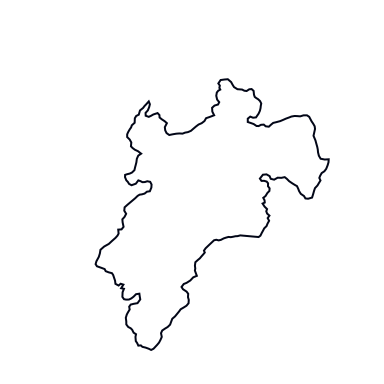 Camacan, Bahia, Brazil, rotated 231°
{"feature_id": "56859067B31300760989852", "entity_name": "Camacan", "entity_type": "district", "adm_level": 2, "iso_a3": "BRA", "parent_name": "Brazil", "parent_adm1": "Bahia", "projection": "robinson", "projection_center": [-39.517, -15.442], "detail": "fine", "context": "isolated", "style": "outline", "palette": "ink", "viewbox_px": 384, "rotation_deg": 231, "n_neighbors": 0, "source": "geoboundaries", "source_scale": "gbopen_adm2", "svg_char_len": 4358}
<svg xmlns="http://www.w3.org/2000/svg" viewBox="0 0 384 384"><g transform="rotate(231 192 192)"><path d="M139.9,69.6L138.7,66.3L137.8,64.2L135.9,61.4L132.8,59.5L130.4,57.6L127.2,57.5L124.7,58.6L122.6,58.8L119.4,58.1L116.7,59.0L115.0,56.9L111.5,54.5L109.0,54.3L106.4,53.6L105.0,55.7L102.9,56.0L100.3,58.0L97.3,59.8L95.0,60.8L94.4,63.4L94.8,66.3L95.1,68.5L95.7,71.6L96.9,74.4L98.4,77.3L101.8,79.1L103.1,81.7L102.8,85.2L102.4,88.1L102.7,91.5L104.2,94.0L105.9,96.9L106.0,100.5L106.8,104.4L107.3,106.8L108.0,109.4L107.5,112.7L107.1,116.1L107.7,119.3L110.2,121.6L112.8,122.7L115.3,125.0L118.0,125.1L122.1,123.8L124.8,124.1L125.7,127.7L124.8,130.6L124.3,135.0L124.9,139.3L123.8,143.0L126.5,143.9L129.1,144.8L130.5,146.4L132.9,147.9L135.3,150.4L135.5,154.0L135.5,156.3L136.0,158.8L136.4,161.2L136.9,163.8L138.9,164.4L139.7,167.2L140.1,171.9L140.4,176.1L140.6,178.8L139.6,180.8L137.6,182.3L136.6,184.4L136.0,187.4L135.1,189.8L134.1,192.1L132.5,193.7L131.4,195.7L130.3,197.9L129.0,199.7L127.9,202.2L115.1,215.4L115.0,217.7L116.3,220.5L117.3,223.0L118.3,225.2L118.6,228.5L119.9,230.8L121.1,233.8L124.1,234.4L124.9,237.3L128.0,236.8L130.3,237.6L131.5,239.6L135.0,239.2L138.6,239.6L138.0,241.9L140.0,243.2L142.6,243.7L142.6,246.6L143.8,250.0L144.1,252.8L146.0,254.6L148.7,254.7L150.9,256.6L153.1,256.6L155.3,255.1L156.9,253.0L159.7,253.2L160.8,258.0L158.8,261.0L155.5,262.3L152.7,261.5L149.9,263.6L149.2,267.6L146.8,270.3L145.2,273.4L142.5,274.0L139.3,274.3L135.6,275.4L132.7,276.4L130.5,277.3L127.7,276.6L125.3,275.8L122.1,275.4L118.4,276.5L115.6,276.1L113.7,278.0L112.1,281.8L114.1,284.8L116.1,287.6L117.6,290.0L118.1,293.6L119.0,296.0L120.1,299.1L122.8,299.8L123.9,301.7L125.1,304.7L124.8,307.9L125.5,310.8L127.4,314.2L129.2,316.8L131.4,318.8L133.7,315.6L136.9,312.9L140.3,313.4L143.5,314.9L145.9,316.5L148.2,317.7L151.7,319.2L154.4,320.4L156.8,321.1L159.2,321.8L161.6,324.8L163.6,327.3L165.9,328.7L169.0,329.2L171.6,329.4L174.2,329.9L176.7,330.4L179.2,329.6L181.4,326.9L182.7,323.7L184.8,321.5L186.5,319.6L188.1,316.7L188.8,314.4L189.9,311.2L190.7,308.2L191.6,305.1L193.4,301.1L194.6,298.6L194.6,296.0L194.4,292.8L196.7,290.6L199.2,290.2L200.8,287.9L201.3,285.3L202.7,283.7L206.0,282.7L208.3,281.3L211.3,279.4L213.9,281.5L213.9,284.7L211.3,286.2L209.7,288.7L211.0,293.1L212.4,295.9L214.1,298.1L215.6,299.6L217.2,301.5L219.8,302.1L222.4,301.8L224.4,301.1L226.4,300.6L228.6,301.4L231.8,303.5L234.5,303.1L235.8,301.1L236.1,298.0L237.8,296.4L240.1,295.4L243.3,292.0L247.1,290.7L250.2,291.1L252.8,291.6L257.1,290.8L259.0,288.0L261.0,284.7L259.8,280.8L257.2,280.6L255.7,278.8L253.8,278.4L254.2,276.2L253.7,273.9L251.5,271.4L248.0,269.7L244.7,269.7L243.6,267.3L245.0,263.9L244.8,260.6L241.7,258.4L237.7,257.5L239.2,252.9L240.5,249.4L239.3,246.3L239.4,242.8L240.3,239.6L240.4,236.4L240.3,232.4L240.2,229.7L241.1,226.5L242.5,224.0L243.3,221.4L245.4,219.1L247.2,216.5L249.0,213.3L250.6,210.2L253.8,209.3L256.8,210.0L259.5,211.7L261.3,215.8L264.3,215.3L267.4,214.3L270.3,213.7L272.3,215.1L275.0,214.9L276.6,210.7L277.0,208.1L277.6,205.7L280.4,204.0L282.7,205.7L283.2,209.0L284.9,212.1L286.7,214.5L289.6,215.4L289.0,211.7L288.7,209.2L288.1,206.9L288.1,202.9L285.6,199.3L286.2,196.5L285.3,194.0L281.9,191.0L281.7,187.2L280.5,185.3L279.9,183.1L278.7,180.0L277.6,177.9L275.5,176.2L272.0,176.6L268.7,176.0L265.9,173.3L263.6,173.5L260.8,174.2L257.7,175.7L253.8,176.6L254.1,173.1L252.5,170.0L250.1,167.5L248.3,165.1L247.0,163.3L245.2,161.0L244.9,157.6L245.5,155.2L246.6,152.9L247.4,150.8L245.7,149.3L242.4,148.3L240.3,148.5L237.9,148.2L235.3,149.3L233.8,153.6L234.8,157.6L232.9,158.8L230.9,159.6L229.4,161.6L228.5,164.0L226.2,165.9L223.3,165.3L221.0,163.2L219.1,159.7L220.6,157.2L220.6,154.2L221.7,151.6L222.9,149.6L223.2,147.3L222.9,143.9L222.7,133.8L222.5,130.0L220.1,127.6L216.5,127.1L215.1,123.9L214.6,120.7L212.1,119.0L208.0,116.9L207.3,113.7L209.2,111.0L205.9,108.8L205.0,106.7L204.5,103.7L204.3,99.0L204.0,94.7L204.9,89.4L204.7,84.5L202.2,81.7L200.2,78.7L198.3,74.1L196.6,71.7L194.1,71.4L190.0,73.9L187.1,75.6L184.8,75.1L182.0,76.7L179.3,78.7L177.1,78.5L175.0,77.7L171.5,76.4L168.8,74.7L165.5,76.1L165.6,78.8L163.2,80.4L161.8,76.4L159.6,78.2L157.8,75.0L154.3,71.9L151.5,71.7L149.9,73.0L148.1,75.3L147.5,77.8L147.4,80.6L147.8,84.2L146.1,87.1L143.8,85.7L141.1,84.2L139.9,79.7L141.8,76.3L143.1,73.5L142.4,71.0L139.9,69.6Z" fill="none" stroke="#020617" stroke-width="2"/></g></svg>